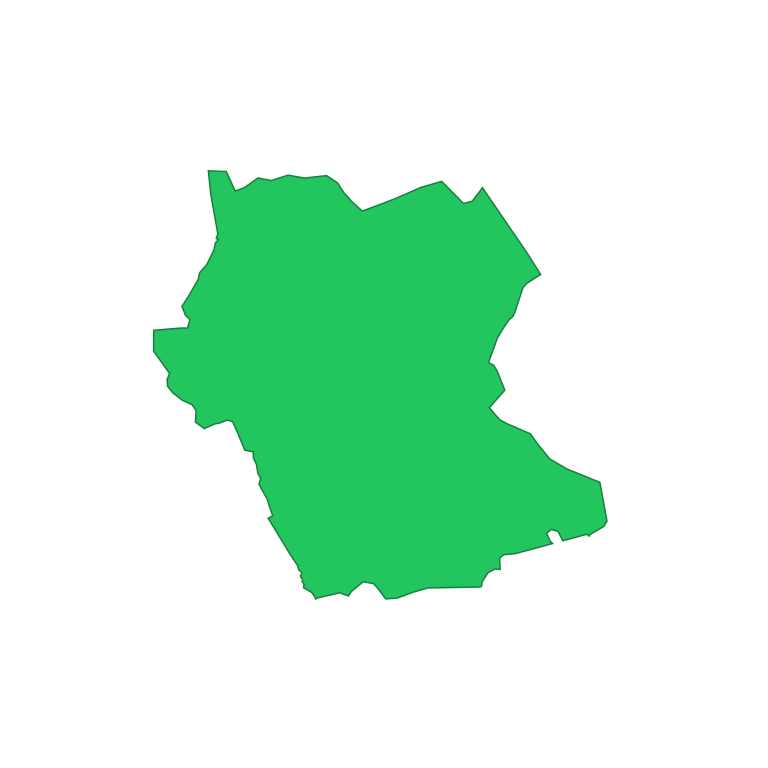 the district of Dukku, Gombe, Nigeria, rotated 302°
{"feature_id": "59680162B57621312639176", "entity_name": "Dukku", "entity_type": "district", "adm_level": 2, "iso_a3": "NGA", "parent_name": "Nigeria", "parent_adm1": "Gombe", "projection": "natural_earth1", "projection_center": [10.811, 10.771], "detail": "fine", "context": "isolated", "style": "filled", "palette": "green", "viewbox_px": 768, "rotation_deg": 302, "n_neighbors": 0, "source": "geoboundaries", "source_scale": "gbopen_adm2", "svg_char_len": 2007}
<svg xmlns="http://www.w3.org/2000/svg" viewBox="0 0 768 768"><g transform="rotate(302 384 384)"><path d="M165.4,439.9L167.2,440.8L183.5,457.2L185.4,466.1L190.9,466.3L205.2,471.1L209.2,480.9L207.3,487.5L202.6,499.3L209.5,508.7L223.1,519.2L234.2,529.2L263.0,573.4L265.1,573.7L267.5,572.2L270.5,572.1L274.5,572.1L279.0,572.2L286.0,576.1L288.3,580.8L297.7,574.3L302.7,576.1L309.9,585.4L338.0,611.5L339.0,607.8L343.6,601.0L349.3,602.9L351.2,609.7L345.8,618.7L364.0,635.6L363.8,638.6L365.1,638.3L379.8,645.9L385.8,645.8L415.0,619.2L408.9,584.5L408.3,564.4L414.2,547.0L419.3,534.6L415.5,509.2L415.0,501.3L416.9,494.6L419.8,485.9L442.8,489.7L454.7,473.5L458.0,467.1L457.5,461.3L482.7,455.9L493.2,455.6L505.0,456.0L509.4,457.5L513.4,457.1L539.3,450.8L545.1,451.8L559.9,458.8L567.9,442.1L570.7,436.4L573.4,430.4L582.5,409.4L602.6,363.5L597.9,363.1L593.8,362.7L585.7,361.9L579.2,355.7L586.4,325.6L570.3,311.1L552.7,299.1L546.1,294.5L541.9,291.4L519.2,274.0L519.1,273.8L521.8,259.6L525.0,248.5L529.9,238.1L530.2,228.4L530.3,224.9L516.6,207.5L510.2,191.9L503.1,185.9L496.9,180.8L491.9,167.9L476.4,161.5L468.8,155.5L480.6,137.6L471.7,122.1L464.6,127.6L453.5,136.2L435.8,152.2L423.3,163.5L418.5,164.6L418.7,167.1L414.3,166.2L407.5,168.8L391.1,170.4L380.7,168.7L374.4,171.0L355.2,171.7L342.8,171.5L337.0,179.3L335.8,185.2L335.6,185.4L327.3,187.7L324.1,182.5L307.5,160.2L289.8,171.2L279.3,196.6L273.0,197.6L267.4,201.7L264.6,209.5L263.3,221.4L264.7,232.4L261.7,238.9L251.8,244.2L250.9,255.2L260.2,261.4L263.5,265.0L270.4,270.3L271.9,275.5L263.9,287.4L254.1,301.0L257.2,309.0L251.8,312.7L248.2,318.4L241.4,324.4L238.6,329.4L232.7,331.1L224.4,346.0L219.3,351.9L213.3,359.4L208.8,356.9L189.7,394.9L187.8,399.0L184.3,406.9L182.2,409.2L181.2,409.9L181.1,411.9L180.6,413.7L179.6,414.7L178.4,414.9L177.1,414.7L175.9,416.1L175.7,417.5L175.1,418.5L174.0,418.9L172.6,419.9L172.8,420.8L171.9,422.2L170.3,423.0L168.6,423.8L168.8,427.4L168.8,433.6L166.9,438.1L165.4,439.9Z" fill="#22c55e" stroke="#15803d" stroke-width="1.5"/></g></svg>